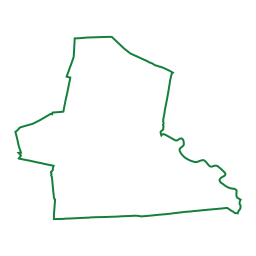 Thanh Hoa, Long An, Vietnam
{"feature_id": "81297802B63095135263844", "entity_name": "Thanh Hoa", "entity_type": "district", "adm_level": 2, "iso_a3": "VNM", "parent_name": "Vietnam", "parent_adm1": "Long An", "projection": "orthographic", "projection_center": [106.215, 10.693], "detail": "fine", "context": "isolated", "style": "outline", "palette": "green", "viewbox_px": 256, "rotation_deg": 0, "n_neighbors": 0, "source": "geoboundaries", "source_scale": "gbopen_adm2", "svg_char_len": 4947}
<svg xmlns="http://www.w3.org/2000/svg" viewBox="0 0 256 256"><path d="M130.4,53.5L124.2,48.6L111.9,37.0L110.8,36.9L107.7,36.9L87.7,37.5L79.3,38.2L75.0,38.4L74.7,38.4L74.6,40.5L74.5,42.1L74.5,43.5L74.2,46.9L74.2,47.7L74.0,51.8L73.9,53.6L73.7,56.4L73.6,57.2L73.0,58.9L73.0,59.0L72.2,61.3L71.9,62.1L70.4,66.2L69.7,67.9L68.7,71.1L67.8,73.4L67.2,75.0L66.6,76.6L69.1,77.3L70.3,77.6L70.1,78.8L69.3,82.7L68.4,86.9L67.6,91.1L67.2,93.0L66.7,95.4L65.7,99.6L64.9,103.8L64.4,106.1L63.5,110.9L63.4,111.6L63.2,111.7L60.0,112.0L53.0,112.5L52.5,112.6L52.2,114.2L51.9,114.1L50.5,114.0L39.5,120.4L32.7,123.8L30.7,124.4L25.9,125.7L25.0,126.0L23.9,126.3L19.9,127.5L19.1,128.5L17.4,130.3L16.2,131.3L15.4,131.8L16.9,137.7L17.7,141.0L18.7,145.9L21.0,152.7L18.6,152.9L21.0,155.6L18.8,158.5L19.0,158.6L23.0,159.4L29.2,160.6L31.7,161.1L36.3,162.2L42.0,163.3L44.3,163.9L50.8,165.2L53.6,165.8L53.3,166.9L53.0,167.6L52.9,168.1L52.8,169.2L52.8,169.8L52.6,170.3L52.4,170.6L52.0,171.1L51.4,171.5L51.2,171.7L51.1,171.9L51.0,172.0L51.0,172.3L51.0,172.5L51.2,173.0L51.4,173.5L51.5,173.6L51.5,173.8L51.5,174.0L51.4,174.2L51.3,174.7L51.3,174.9L51.2,175.4L51.3,175.7L51.5,176.1L51.6,176.4L51.7,176.7L51.9,177.0L52.0,177.6L52.0,177.9L52.1,178.8L52.4,181.7L52.5,183.2L52.6,184.1L52.8,186.8L52.9,187.4L53.2,190.4L53.2,191.2L53.6,194.2L53.9,197.0L54.1,198.2L54.5,198.9L55.1,199.5L54.4,208.5L54.1,212.4L53.9,215.3L53.9,219.1L62.8,218.9L63.0,218.9L66.2,218.6L70.3,218.5L76.0,218.2L78.4,218.1L86.5,217.7L87.6,217.7L89.2,217.6L90.9,217.4L95.7,217.2L100.8,217.1L105.3,217.0L110.4,216.8L116.8,216.6L121.4,216.3L125.7,216.1L126.3,216.1L129.7,216.0L133.2,215.8L135.7,215.7L136.2,215.7L138.9,216.0L140.9,216.3L141.3,216.4L145.2,216.1L149.6,215.7L153.6,215.3L155.5,215.1L159.3,214.7L161.7,214.5L162.1,214.5L164.1,214.3L166.7,214.1L167.1,214.0L169.7,213.8L173.8,213.2L177.3,212.8L180.9,212.4L182.4,212.2L184.7,211.9L187.8,211.7L190.1,211.5L191.2,211.4L192.9,211.2L194.6,211.0L198.3,210.7L201.2,210.4L202.8,210.2L203.4,210.1L205.8,210.0L207.7,209.7L209.4,209.6L212.6,209.3L215.1,209.1L216.5,209.0L218.1,208.8L222.6,208.4L226.1,208.0L227.3,208.0L227.9,208.3L229.0,209.1L230.4,210.1L231.1,210.6L232.1,211.1L232.9,211.5L233.5,211.9L234.2,212.5L234.9,213.0L235.2,213.1L235.8,213.2L236.6,213.1L237.1,213.1L237.7,213.3L237.9,212.8L238.1,212.0L238.7,210.9L239.0,210.3L239.5,209.7L240.0,209.2L240.1,208.9L240.3,208.6L240.3,208.2L240.5,207.3L240.6,206.6L240.6,206.3L240.6,205.9L240.6,205.7L240.4,205.4L240.2,204.9L239.9,204.6L239.7,204.2L239.6,203.8L239.6,203.1L239.6,202.8L239.6,202.6L239.6,202.2L239.8,201.4L240.1,200.7L240.6,199.7L239.6,199.1L238.1,198.2L237.1,197.5L236.8,196.9L236.5,196.0L236.4,195.0L236.4,194.1L236.5,192.6L236.6,191.6L236.5,190.7L236.3,190.2L236.1,189.8L235.5,189.4L234.4,188.9L233.4,188.7L231.8,188.5L230.5,188.3L228.9,187.7L227.7,187.2L226.6,186.6L225.7,186.1L224.4,185.2L223.2,184.2L222.2,183.5L221.3,183.0L220.6,182.3L220.0,181.5L219.6,180.5L219.6,180.0L219.7,179.4L220.2,178.7L221.3,177.6L222.8,176.7L223.3,176.5L224.3,175.9L224.8,175.4L225.2,174.9L225.3,174.6L225.4,174.3L225.4,174.1L225.3,173.5L224.9,172.8L224.0,171.9L223.5,171.3L222.2,170.1L220.5,168.5L219.0,167.3L217.6,166.1L217.2,166.0L216.6,165.8L215.9,165.7L215.2,165.7L214.1,165.8L213.3,166.1L212.5,166.4L211.7,166.6L211.0,166.6L210.4,166.5L209.8,166.2L208.7,165.2L207.4,163.7L206.0,162.0L205.2,161.2L204.4,160.6L203.7,160.2L203.4,160.1L202.9,160.2L202.5,160.2L201.3,160.4L199.9,160.9L198.0,161.6L197.4,161.8L196.7,162.0L196.4,162.0L194.9,162.0L193.3,161.6L191.2,160.9L189.6,160.3L188.5,159.7L186.9,158.8L185.1,157.7L184.5,157.2L183.9,156.7L182.5,155.2L181.5,154.1L180.7,152.9L180.2,151.8L179.7,150.7L179.6,150.1L179.6,149.3L179.8,148.8L180.2,148.2L181.2,147.4L182.7,146.2L183.2,145.7L183.5,145.3L183.7,145.0L183.8,144.4L183.8,143.5L183.8,142.7L183.6,141.3L183.1,139.9L182.7,139.2L182.1,138.8L181.6,138.5L181.2,138.4L180.5,138.5L179.9,138.7L179.0,139.2L178.1,139.9L177.3,140.3L176.7,140.5L175.7,140.4L175.3,140.3L174.3,139.8L172.7,138.9L170.7,137.7L170.1,137.4L169.0,136.8L166.7,135.5L164.9,134.6L163.7,134.1L163.2,134.1L162.8,134.3L162.1,134.7L161.4,135.5L161.0,134.7L160.9,133.9L160.7,132.9L160.6,132.2L160.7,131.8L161.0,131.3L161.8,130.7L162.4,130.2L163.1,129.5L163.3,129.2L163.3,128.8L163.2,128.4L163.2,128.1L163.2,127.8L163.3,127.6L163.4,127.0L163.5,126.6L163.5,126.1L163.5,125.8L163.3,125.6L163.1,125.3L163.0,125.1L163.0,124.8L163.3,124.3L163.4,123.9L163.5,123.5L163.5,122.8L163.4,122.3L163.2,121.8L163.1,121.5L163.1,121.3L163.2,120.8L163.3,119.3L163.7,117.1L164.3,114.1L164.6,112.2L164.7,111.0L166.0,104.1L166.2,103.2L166.9,99.8L168.4,91.4L168.7,89.6L170.3,79.6L171.0,76.6L171.4,74.6L172.3,73.3L172.9,72.7L168.7,70.3L166.9,69.5L165.7,68.9L163.7,68.0L161.4,67.1L160.9,66.9L160.6,66.9L160.3,66.8L159.7,66.7L159.3,66.7L158.2,66.1L157.5,65.8L157.1,65.8L156.5,65.7L155.9,65.5L154.8,65.1L153.1,64.0L152.1,63.4L151.3,63.0L150.1,62.7L148.9,62.2L147.8,61.4L130.4,53.5Z" fill="none" stroke="#15803d" stroke-width="2"/></svg>